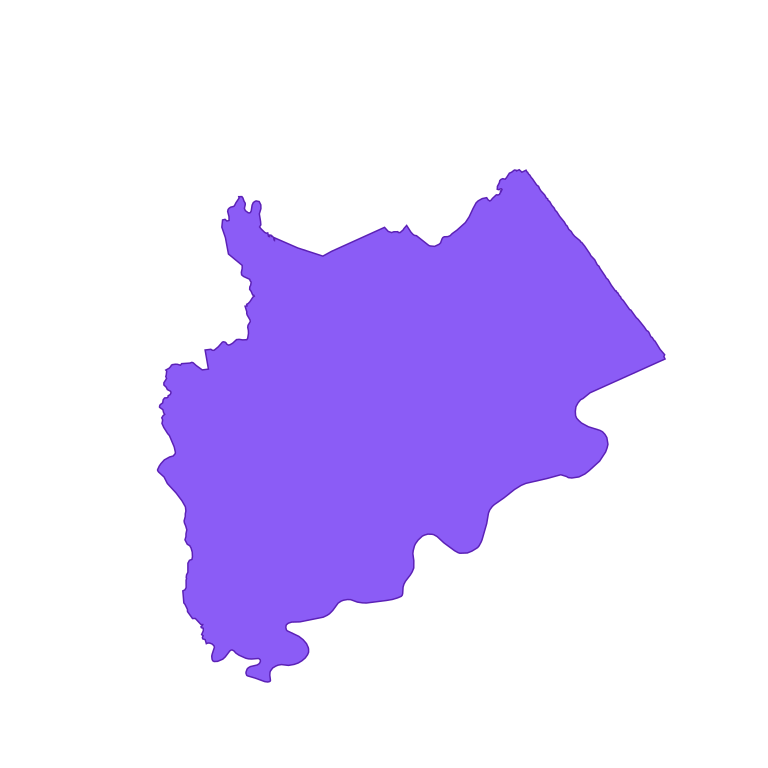 outline of Agua Dulce, Veracruz, Mexico, rotated 67°
{"feature_id": "50627088B60707698432893", "entity_name": "Agua Dulce", "entity_type": "district", "adm_level": 2, "iso_a3": "MEX", "parent_name": "Mexico", "parent_adm1": "Veracruz", "projection": "orthographic", "projection_center": [-94.163, 18.09], "detail": "fine", "context": "isolated", "style": "filled", "palette": "violet", "viewbox_px": 768, "rotation_deg": 67, "n_neighbors": 0, "source": "geoboundaries", "source_scale": "gbopen_adm2", "svg_char_len": 6146}
<svg xmlns="http://www.w3.org/2000/svg" viewBox="0 0 768 768"><g transform="rotate(67 384 384)"><path d="M472.6,197.8L470.8,115.5L468.2,115.7L466.7,114.2L460.1,116.3L450.3,117.8L449.7,118.3L445.9,119.0L445.3,119.6L444.1,119.9L440.0,120.0L438.8,120.3L437.3,121.4L433.5,122.1L423.8,124.8L421.4,125.9L412.4,127.9L411.5,128.8L400.8,131.1L397.9,132.3L396.5,132.1L394.3,132.9L391.3,133.2L391.0,133.7L388.9,134.0L388.8,134.6L381.7,136.2L375.5,137.0L373.1,138.1L371.2,138.2L362.0,140.0L359.6,140.1L357.7,141.1L351.9,141.5L346.6,143.5L344.7,143.6L335.5,145.4L330.9,146.7L330.2,147.4L328.6,147.6L322.5,150.8L319.6,151.7L316.7,152.1L313.8,153.5L310.0,153.7L308.7,154.4L305.5,154.7L298.3,156.8L292.8,157.7L291.1,158.5L288.5,158.6L285.2,159.7L280.8,160.2L278.9,161.2L277.4,161.0L276.3,161.9L272.8,162.2L267.5,164.1L264.9,164.5L262.4,164.5L260.5,165.7L253.0,167.2L251.4,167.8L248.6,168.2L247.5,168.8L245.2,169.1L244.4,169.6L242.7,169.7L242.9,174.3L239.6,175.8L239.6,178.8L238.8,178.9L238.0,180.4L238.9,183.9L238.9,186.2L241.9,190.6L242.8,192.5L241.4,194.5L241.4,196.3L242.0,197.9L243.9,199.3L246.4,202.4L247.5,202.9L249.0,203.7L249.9,202.6L250.0,200.0L250.4,199.5L251.2,199.4L251.6,199.9L251.9,201.4L252.6,201.0L253.9,203.0L254.4,203.3L254.6,204.0L254.5,205.5L253.9,206.1L253.8,206.9L255.6,211.8L256.6,213.5L256.9,215.1L255.2,216.2L252.6,216.7L251.7,221.1L252.2,225.8L253.2,228.4L257.2,233.4L263.4,240.3L267.2,246.0L270.9,256.8L272.2,262.5L273.3,265.1L273.3,267.6L272.0,271.1L272.2,272.6L273.1,273.9L276.2,276.8L276.9,278.6L277.1,283.6L275.0,287.5L274.0,288.6L260.1,296.2L259.1,297.9L257.5,298.9L254.6,299.9L246.9,301.2L248.7,304.9L249.6,306.1L250.9,310.0L250.2,311.6L249.2,311.8L247.7,315.5L247.6,317.8L245.2,320.5L240.0,322.3L241.4,380.5L242.4,390.3L225.1,410.2L206.8,427.5L209.0,428.7L208.6,428.9L206.0,428.4L204.2,429.1L204.2,429.7L202.9,429.8L202.2,431.1L203.6,431.8L203.0,432.6L199.5,432.0L199.2,433.4L197.8,434.6L193.3,436.5L190.8,437.2L189.4,435.2L186.1,434.1L178.7,432.3L174.5,428.8L171.0,427.4L167.3,427.6L165.5,430.2L165.5,431.5L165.9,433.4L167.8,435.5L172.8,438.6L173.9,440.0L174.0,440.9L173.3,442.1L170.2,443.9L167.8,443.9L164.8,441.7L163.3,441.1L161.2,441.4L157.6,441.2L156.0,441.6L154.8,444.5L156.2,444.7L159.4,449.6L161.3,451.8L161.8,452.9L161.3,456.1L161.7,457.9L162.4,459.3L164.1,460.5L169.4,461.3L172.9,462.7L172.6,464.9L170.3,466.0L169.9,468.5L176.3,472.0L187.3,472.8L203.6,476.4L219.4,468.2L222.4,469.5L225.5,471.7L227.9,472.4L230.1,471.3L235.2,466.7L236.5,466.9L238.4,466.5L240.9,468.1L242.2,469.6L244.4,470.7L246.8,470.1L250.8,470.1L251.4,469.2L252.5,469.1L252.7,470.6L255.8,475.2L256.8,477.5L257.0,479.3L258.6,479.6L258.1,481.5L264.0,482.1L265.4,482.8L267.0,483.0L272.8,482.3L274.3,482.7L276.8,486.2L278.6,487.3L281.6,487.9L284.5,489.0L288.6,491.6L289.6,493.0L288.2,496.8L286.3,499.9L285.5,502.4L287.3,507.4L287.7,510.5L287.4,512.0L285.8,513.2L284.5,513.3L283.4,513.9L282.4,515.3L282.3,516.4L285.0,522.0L286.6,527.3L285.9,528.8L284.4,529.8L282.8,535.4L301.7,539.8L300.0,545.8L293.5,549.7L290.0,551.3L289.0,552.4L288.9,554.5L286.2,562.3L287.2,564.0L285.1,566.5L284.2,568.5L283.5,571.2L283.6,572.3L284.6,573.6L285.5,575.6L285.9,579.4L287.2,579.0L291.1,581.2L291.6,581.9L294.0,582.0L296.8,586.1L298.9,587.0L302.0,585.7L304.5,585.6L307.2,583.4L308.3,583.3L309.3,583.9L310.2,585.0L310.5,587.3L311.6,587.9L311.9,589.0L311.1,591.4L312.2,593.4L314.9,595.1L315.5,597.7L315.9,598.5L316.8,599.3L317.8,599.7L321.2,597.6L324.4,598.1L326.2,597.7L326.8,599.7L328.3,601.8L329.9,601.7L331.3,602.2L333.5,603.8L338.0,603.7L345.3,602.5L347.6,601.7L359.9,601.7L365.3,602.7L366.5,603.4L367.9,606.2L367.4,609.8L368.0,615.8L370.1,620.4L371.7,622.9L374.4,625.9L375.3,626.2L376.9,625.9L383.7,622.8L391.0,622.3L403.0,618.0L412.6,615.6L419.5,614.8L423.5,616.0L425.8,617.6L428.3,618.7L431.9,621.5L433.9,622.0L437.2,622.0L441.2,622.5L444.5,624.8L447.0,625.9L449.7,628.1L454.7,627.7L456.9,626.0L459.6,625.7L463.8,626.2L468.1,627.8L470.4,629.3L470.3,632.0L472.3,634.5L480.7,638.1L482.5,640.3L484.7,641.6L486.0,641.8L487.2,642.8L494.1,645.7L495.7,647.7L495.8,650.0L507.3,653.8L509.0,653.3L514.6,653.0L516.8,653.8L525.1,651.9L526.1,649.3L533.8,646.5L534.6,644.9L535.5,645.9L535.9,647.3L536.9,647.4L538.2,645.8L540.6,646.8L543.4,649.8L545.0,648.9L546.5,650.3L547.8,650.4L549.4,648.5L553.6,649.0L553.6,647.3L554.5,645.5L556.2,643.8L558.5,642.8L560.1,643.0L565.5,647.7L567.2,648.9L570.1,649.8L571.8,649.8L573.1,648.8L574.3,645.5L574.3,639.9L573.2,636.8L569.4,630.1L569.2,628.6L569.4,627.8L570.9,626.5L573.8,625.5L576.9,623.5L582.4,618.4L584.0,616.2L585.4,613.4L587.5,607.1L588.0,606.4L589.4,605.7L590.8,606.0L592.0,607.1L592.7,608.3L593.1,610.5L591.9,617.5L592.2,619.8L592.9,621.4L595.3,623.6L596.5,624.1L598.5,624.2L599.3,623.7L604.3,617.6L611.4,610.0L612.9,607.4L613.2,605.6L613.0,604.8L612.4,604.3L607.4,602.9L604.7,601.5L603.8,600.6L601.9,597.4L601.4,593.9L601.4,591.4L602.2,588.0L605.7,581.9L607.0,576.3L607.3,572.0L606.7,567.7L605.4,563.5L603.3,560.1L601.4,558.2L598.5,557.0L597.0,556.7L592.7,556.8L587.7,558.4L583.0,561.0L573.4,569.5L572.2,569.9L569.7,569.5L567.8,568.3L567.4,567.6L566.8,565.6L567.1,562.0L570.1,554.3L574.9,531.0L574.7,526.7L574.2,524.0L572.4,519.6L567.8,511.9L567.1,508.3L567.2,505.8L568.1,501.9L569.5,498.9L574.3,493.8L576.9,489.6L578.7,485.8L584.2,466.4L585.6,460.5L586.2,455.1L586.2,451.1L585.5,449.7L584.2,448.7L578.4,445.8L576.0,443.8L573.9,441.2L570.0,434.3L567.9,431.4L565.0,428.5L558.3,425.6L551.4,423.7L548.8,422.2L544.9,419.2L543.3,417.4L541.0,413.6L539.0,408.2L538.9,405.8L539.3,402.3L541.1,398.5L542.1,397.1L545.2,394.7L553.5,391.0L565.0,384.2L568.2,381.7L569.4,380.3L572.1,373.3L572.2,368.4L571.2,361.8L570.2,359.8L567.4,356.3L565.7,354.6L552.6,344.0L543.7,338.3L541.1,335.7L539.0,332.1L538.1,329.5L535.7,318.1L532.1,305.1L530.9,297.3L530.9,292.2L534.7,270.8L536.6,256.7L540.5,252.1L542.2,250.9L543.9,247.8L545.7,240.9L545.3,234.1L544.0,229.3L539.2,215.6L533.2,206.6L530.0,203.6L527.0,201.4L520.4,199.8L516.7,200.3L513.4,201.5L511.1,203.3L503.1,212.7L497.0,217.5L493.9,218.9L490.9,220.0L488.0,220.0L484.0,218.6L479.9,216.2L477.2,212.8L475.3,209.2L475.1,206.5L472.6,197.8Z" fill="#8b5cf6" stroke="#5b21b6" stroke-width="1.5"/></g></svg>